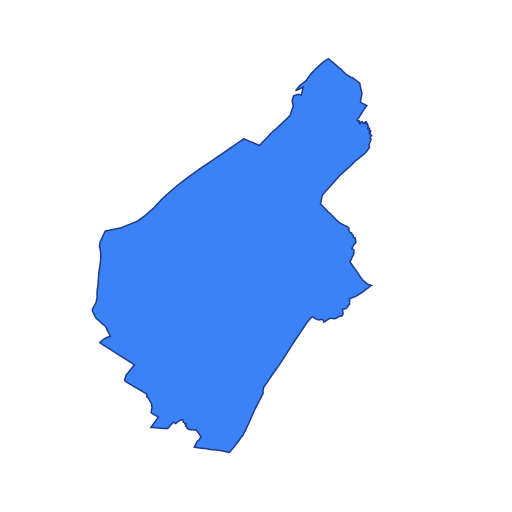 the district of Staburaga pag., Jaunjelgavas, Latvia, rotated 316°
{"feature_id": "27541924B51848948627496", "entity_name": "Staburaga pag.", "entity_type": "district", "adm_level": 2, "iso_a3": "LVA", "parent_name": "Latvia", "parent_adm1": "Jaunjelgavas", "projection": "natural_earth1", "projection_center": [25.538, 56.541], "detail": "fine", "context": "isolated", "style": "filled", "palette": "blue", "viewbox_px": 512, "rotation_deg": 316, "n_neighbors": 0, "source": "geoboundaries", "source_scale": "gbopen_adm2", "svg_char_len": 5936}
<svg xmlns="http://www.w3.org/2000/svg" viewBox="0 0 512 512"><g transform="rotate(316 256 256)"><path d="M318.6,357.4L316.7,353.8L316.5,351.7L316.2,348.5L316.0,347.0L316.0,346.9L316.1,346.6L316.5,343.7L317.4,339.2L317.7,337.3L319.6,325.2L321.2,325.0L322.0,324.7L322.8,324.4L324.5,323.5L325.4,323.3L326.6,323.0L326.9,322.8L327.7,322.5L329.5,320.9L330.0,320.5L330.2,320.1L330.5,319.6L330.4,318.4L330.1,317.8L330.0,317.7L330.2,317.3L330.4,317.2L331.2,316.8L331.9,316.5L333.8,315.9L334.4,315.8L335.2,315.8L335.8,315.9L336.7,315.8L337.3,315.5L337.9,314.7L338.8,313.6L339.2,312.9L339.8,311.9L339.9,311.6L339.8,311.4L339.4,311.0L339.0,310.7L338.8,310.4L339.0,309.9L339.5,309.6L340.0,308.9L340.2,308.3L340.2,307.9L340.2,307.6L340.1,307.3L340.1,307.1L340.2,306.8L340.4,306.7L340.6,306.5L340.7,306.2L340.7,305.8L340.6,305.5L340.3,304.9L339.9,304.4L339.9,304.2L340.2,303.5L340.4,302.7L340.8,301.2L341.8,301.0L341.9,300.8L342.2,300.3L342.1,300.2L342.2,299.2L342.2,298.9L340.6,294.6L339.1,289.7L339.0,288.8L338.8,282.9L338.9,277.0L338.5,274.8L338.6,272.0L338.6,267.4L338.5,263.3L342.7,260.6L342.8,260.5L345.7,258.5L346.0,258.3L357.0,257.4L363.7,257.0L366.7,256.7L372.3,256.3L384.1,256.7L388.9,256.9L390.6,256.8L393.0,256.6L406.1,257.9L408.8,257.5L413.1,256.8L414.5,254.4L416.6,253.5L418.3,252.9L419.5,252.1L420.1,251.7L420.1,251.4L420.0,251.0L419.9,250.7L420.0,250.4L420.3,250.2L420.6,249.9L421.2,249.8L421.9,249.7L422.5,249.7L422.8,249.7L423.0,249.6L422.8,249.2L422.6,248.8L422.4,248.4L422.4,248.1L422.8,247.8L423.1,247.5L423.2,247.2L422.8,246.7L422.5,246.5L422.5,246.4L423.0,246.2L423.4,246.3L423.9,246.5L424.1,246.6L424.3,246.6L424.5,246.5L424.7,246.3L425.1,246.0L425.3,245.8L425.5,245.6L425.5,245.4L425.3,245.2L425.0,245.1L424.6,245.0L424.3,244.8L424.3,244.5L424.9,243.9L425.4,243.6L426.1,243.4L426.4,243.2L426.5,242.9L426.4,242.7L426.2,242.6L425.6,242.6L425.3,242.6L425.1,242.6L424.9,242.0L425.0,241.8L425.5,241.3L426.6,240.8L427.0,240.6L427.2,240.2L427.2,239.4L427.4,239.0L427.4,238.9L427.6,238.7L428.0,238.5L428.2,238.2L428.1,237.8L428.0,237.6L427.7,237.5L427.4,237.5L427.0,237.3L426.9,237.1L426.9,236.9L427.1,236.6L427.5,236.5L427.8,236.4L428.5,236.2L428.2,235.7L427.7,235.6L426.5,235.5L425.9,235.5L425.4,235.4L425.2,235.2L425.1,234.8L425.3,234.4L425.5,234.1L425.7,233.9L425.8,233.5L425.8,233.2L425.3,233.0L424.9,232.9L424.2,233.0L423.7,233.1L423.0,233.2L422.6,233.1L422.4,232.9L422.3,232.6L422.3,232.4L422.6,232.0L423.0,231.8L423.7,231.6L424.1,231.2L424.2,230.6L423.8,230.2L423.2,229.7L422.7,229.4L422.8,229.0L423.0,228.6L423.8,228.2L424.4,228.0L425.7,228.0L426.4,227.8L435.9,225.5L438.4,225.1L440.3,224.8L440.0,224.2L437.9,218.1L438.5,217.4L445.0,212.8L449.2,205.9L450.7,203.6L449.9,198.6L449.5,196.4L449.5,195.9L449.2,194.6L448.1,192.6L448.0,191.8L446.9,187.5L446.9,181.7L446.4,177.3L446.2,174.3L445.2,164.5L444.6,164.3L444.0,164.1L443.4,164.0L442.8,163.9L442.2,163.7L441.5,163.6L440.9,163.5L440.3,163.4L439.7,163.3L439.1,163.2L438.2,163.1L437.2,163.1L436.5,163.0L435.2,163.0L434.5,163.0L430.6,162.9L426.3,162.9L425.6,162.9L424.9,163.0L424.3,163.0L423.6,163.0L422.9,163.1L422.3,163.1L421.7,163.2L421.0,163.3L420.3,163.4L418.2,163.8L416.9,164.0L416.2,164.2L415.6,164.3L415.0,164.4L414.7,164.5L412.4,164.5L408.1,164.1L406.3,163.9L405.8,163.7L399.3,164.6L407.1,167.4L401.8,170.8L400.2,171.8L400.2,171.2L399.7,170.7L399.3,170.3L399.3,169.9L399.1,169.6L398.9,169.3L398.5,169.0L398.0,168.6L397.3,168.2L395.9,167.7L394.3,166.9L390.0,169.2L389.0,170.8L387.0,174.0L378.3,178.5L369.9,178.7L367.9,178.6L363.3,178.5L358.8,178.5L355.7,178.2L351.4,178.1L348.5,178.4L344.9,178.6L341.5,178.6L338.6,178.7L335.4,179.0L334.2,176.3L332.2,171.4L330.7,168.4L328.7,163.2L290.1,156.8L277.4,154.4L260.7,152.0L248.7,150.7L239.0,150.1L228.0,149.7L215.9,150.4L203.8,149.8L194.3,148.4L178.2,141.8L164.9,133.3L153.5,137.7L150.0,140.3L150.0,140.9L149.7,141.2L148.1,143.5L145.9,146.6L144.6,147.8L144.2,148.3L142.1,150.4L139.5,152.6L134.0,156.8L130.7,159.3L129.6,160.4L127.5,162.3L126.0,163.5L123.8,165.8L122.1,167.0L120.3,168.6L118.6,169.7L115.0,173.2L112.7,175.6L111.1,176.7L108.3,178.5L107.2,178.8L101.2,180.7L100.1,182.0L97.7,189.7L98.2,194.0L98.3,199.1L98.6,199.7L99.0,201.1L98.0,205.3L97.6,205.3L97.4,206.3L97.3,206.9L97.1,207.4L96.8,208.3L96.6,208.9L96.3,210.1L95.9,211.3L95.4,212.6L95.3,212.8L94.7,212.4L94.1,212.0L92.8,211.2L91.6,210.8L90.0,210.4L88.5,210.1L86.1,209.9L83.5,209.7L83.5,209.8L84.4,214.3L86.8,223.9L87.2,225.9L90.3,238.9L93.0,249.8L79.5,251.5L78.7,252.1L78.3,252.5L78.1,252.6L77.8,252.7L76.9,253.1L76.4,253.3L75.9,253.5L75.6,253.7L75.4,253.8L75.3,254.0L75.2,254.5L74.9,254.9L74.9,255.0L75.3,256.5L75.9,259.1L76.7,261.8L77.8,266.0L79.1,270.7L80.6,276.1L81.2,278.4L81.5,279.7L79.6,281.4L79.9,283.1L78.9,286.6L78.4,289.4L76.1,292.6L71.7,295.9L72.0,297.2L73.8,304.1L61.3,306.3L65.5,310.9L66.2,311.9L66.6,312.3L69.3,315.4L72.6,318.8L81.1,318.1L81.9,320.9L83.7,320.6L85.7,321.2L87.2,321.6L88.5,322.0L89.7,323.3L88.2,324.9L88.8,326.4L88.2,327.4L89.2,328.2L87.2,329.5L87.2,330.5L87.2,330.8L86.7,332.7L88.2,335.5L90.6,338.1L91.8,339.3L92.1,339.6L92.1,339.8L91.6,343.6L90.8,347.7L89.8,348.0L87.0,348.8L86.7,348.8L85.5,348.4L85.2,348.4L78.8,350.6L82.1,355.0L84.3,357.7L85.6,359.0L88.3,362.9L89.4,364.3L91.1,366.2L93.9,369.4L97.0,373.7L98.7,376.4L100.2,378.7L107.2,378.2L116.7,376.7L119.3,376.0L122.5,375.9L124.7,374.8L126.6,374.4L135.9,370.7L146.7,366.3L151.2,364.7L160.5,361.5L166.0,359.6L167.0,358.1L170.4,355.8L172.5,355.4L176.8,354.5L184.5,352.9L185.3,352.7L190.7,351.7L197.9,350.3L200.3,349.8L206.7,348.3L210.8,347.3L220.2,345.0L228.1,343.3L233.5,342.1L236.3,341.5L240.3,340.7L246.5,339.2L254.2,338.6L254.9,341.5L256.3,345.1L259.3,347.5L259.8,348.7L258.8,350.7L264.5,351.9L266.2,352.2L268.9,355.8L271.8,356.9L274.2,357.2L276.1,358.9L278.5,358.1L279.7,356.5L281.2,354.5L284.3,356.4L288.2,355.9L290.0,355.6L290.7,354.9L293.5,351.7L299.6,354.3L305.0,355.5L306.4,355.8L317.8,357.2L318.6,357.4Z" fill="#3b82f6" stroke="#1e3a8a" stroke-width="1.5"/></g></svg>